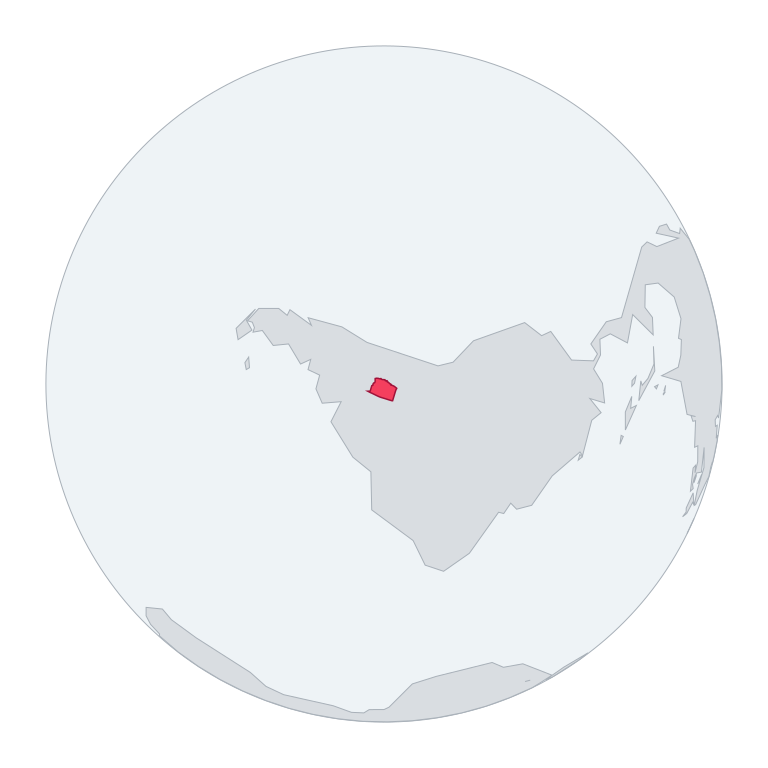 the Earth from above Santiago del Estero, rotated 106°
{"feature_id": "ARG-1304", "entity_name": "Santiago del Estero", "entity_type": "Province", "adm_level": 1, "iso_a3": "ARG", "parent_name": "Argentina", "parent_adm1": "", "projection": "orthographic", "projection_center": [-64.331, -27.868], "detail": "fine", "context": "on_globe", "style": "filled", "palette": "rose", "viewbox_px": 768, "rotation_deg": 106, "n_neighbors": 0, "source": "natural_earth", "source_scale": "10m", "svg_char_len": 4651}
<svg xmlns="http://www.w3.org/2000/svg" viewBox="0 0 768 768"><g transform="rotate(106 384 384)"><circle cx="384" cy="384" r="338" fill="#eef3f6" stroke="#a8b0b8"/><path d="M296.3,57.7L297.9,57.4L324.5,53.0L322.3,54.6L327.1,55.8L333.4,53.7L331.8,52.3L344.6,49.7L341.1,49.1L345.8,48.4L346.3,48.2L362.5,46.8L369.0,46.5L368.9,46.9L373.7,47.0L383.3,46.2L392.3,47.9L414.1,51.2L415.2,52.3L400.2,53.6L376.2,53.4L356.7,58.8L381.2,54.6L383.4,59.0L388.8,59.8L395.5,59.7L399.3,58.0L402.6,59.9L379.6,63.7L376.3,62.1L383.6,60.6L372.3,61.0L356.9,65.3L359.2,68.0L333.4,74.4L334.7,76.8L329.8,80.1L329.4,75.6L329.7,84.3L299.7,99.3L299.5,119.4L286.8,105.8L274.5,106.6L259.3,110.4L258.9,113.5L239.4,116.5L220.4,129.0L211.4,148.3L216.6,160.2L238.5,154.3L246.0,144.3L262.6,138.8L248.7,164.1L277.4,161.3L273.4,180.3L281.5,188.8L296.4,183.9L311.7,186.7L323.1,174.2L341.4,166.7L341.2,182.2L351.7,167.4L361.6,174.3L398.2,173.4L395.3,176.9L426.0,197.0L459.9,208.6L467.8,222.0L463.6,229.3L475.5,233.2L475.7,238.5L523.2,255.3L547.6,275.1L546.8,294.5L526.5,312.8L508.4,361.1L472.0,372.4L462.9,393.8L434.9,424.6L412.8,420.3L419.5,438.1L407.4,448.1L393.2,448.3L391.1,461.0L380.5,461.2L387.8,469.7L371.8,486.8L377.5,501.1L366.1,515.7L370.3,524.2L365.5,524.1L360.9,527.6L360.8,532.6L345.9,525.2L340.4,506.0L344.7,496.0L338.5,494.9L347.6,469.9L341.2,475.2L340.7,440.2L348.7,411.8L351.7,337.1L344.0,323.6L317.8,309.9L286.2,265.7L294.1,245.8L287.5,238.2L309.3,210.3L304.0,189.0L296.3,187.1L288.5,196.2L262.9,187.5L254.7,174.0L181.3,174.0L174.9,170.3L176.7,159.6L162.6,141.1L164.0,163.9L156.5,162.7L152.4,156.5L157.2,151.7L157.9,141.3L152.6,142.2L160.7,130.6L170.5,122.1L189.4,107.7L209.3,94.8L230.0,83.2L251.5,73.2L273.6,64.6L296.3,57.7ZM296.8,127.3L329.8,134.5L310.2,138.0L314.1,135.4L305.9,131.8L290.4,130.0L273.5,135.4L296.8,127.3ZM313.5,113.0L307.7,112.9L313.5,112.1L313.5,113.0ZM371.3,541.5L347.4,528.2L360.6,533.9L368.6,525.8L381.6,536.5L371.3,541.5ZM395.4,521.5L405.4,517.8L408.1,520.4L401.8,523.6L395.4,521.5ZM619.3,141.4L623.7,146.5L618.4,142.7L606.6,133.1L586.2,113.8L594.9,120.0L619.3,141.4ZM698.4,507.8L698.0,508.7L687.9,530.6L686.2,530.8L679.4,542.1L672.4,548.8L664.3,551.1L661.4,535.0L669.2,523.4L679.8,494.5L698.1,433.0L707.2,414.1L710.3,394.9L707.3,344.0L708.6,324.8L705.7,312.7L701.1,308.5L696.9,294.2L693.3,290.1L664.5,274.1L650.6,253.1L621.9,203.3L623.4,191.1L614.7,173.4L617.6,142.3L628.3,151.6L635.1,157.9L651.1,177.1L665.7,197.3L678.7,218.6L690.1,240.9L699.8,263.8L707.8,287.5L714.1,311.6L718.5,336.2L721.1,361.0L721.9,386.0L720.8,410.9L717.9,435.7L713.2,460.2L706.7,484.3L698.4,507.8ZM628.4,161.8L631.1,166.4L628.4,161.8ZM399.4,173.2L403.7,176.3L397.8,176.3L399.4,173.2ZM307.1,144.0L314.2,143.4L317.9,145.1L312.3,146.5L307.1,144.0ZM368.5,139.5L376.9,140.6L368.0,141.9L368.5,139.5ZM335.1,135.5L361.7,139.3L344.4,144.3L327.6,142.4L339.4,140.2L335.1,135.5ZM309.3,120.4L313.6,120.8L312.0,123.2L309.3,120.4ZM317.7,112.5L315.9,112.9L313.9,111.4L317.7,112.5ZM384.8,58.8L386.7,58.5L393.4,58.8L390.0,59.5L384.8,58.8ZM425.0,57.3L429.3,60.4L423.8,58.3L419.9,59.3L403.4,56.8L414.9,52.8L412.6,54.7L425.0,57.3ZM384.6,53.7L393.7,54.9L383.3,53.8L384.6,53.7ZM378.3,46.1L378.9,46.1L377.6,46.1L378.3,46.1ZM443.8,51.4L444.2,51.5L429.5,49.2L427.9,48.9L443.8,51.4Z" fill="#d9dde1" stroke="#a8b0b8" stroke-width="1"/><path d="M389.0,371.0L397.7,371.1L397.9,371.6L397.9,374.0L397.9,374.7L397.8,377.8L397.7,383.8L397.6,384.9L397.3,387.0L396.7,390.3L396.2,393.2L396.0,394.7L395.4,397.6L394.7,395.5L394.5,395.3L393.6,395.3L391.9,395.3L389.0,395.3L388.9,395.2L388.7,394.9L388.5,394.7L388.4,394.5L388.2,394.6L387.8,394.5L387.7,394.4L387.1,394.5L386.7,394.5L386.5,394.4L386.4,394.3L386.1,394.3L386.0,394.2L385.9,394.1L385.6,393.9L385.5,393.7L385.4,393.4L384.4,393.2L384.2,393.2L383.6,393.3L382.7,393.6L381.2,394.0L381.1,393.8L381.0,393.7L380.9,393.5L380.6,393.0L380.4,392.4L380.1,390.7L380.2,390.2L380.1,389.0L380.0,388.9L379.9,388.8L379.7,388.7L379.6,388.4L379.8,388.1L380.0,387.9L380.1,387.6L380.2,387.3L380.1,386.4L379.6,384.3L379.7,384.2L379.8,384.2L380.0,384.2L380.3,383.6L380.5,383.5L380.5,383.4L380.4,383.1L380.2,382.6L380.1,382.4L380.3,382.2L380.5,382.2L380.7,381.9L380.4,381.8L380.2,381.7L380.5,381.3L380.6,381.2L380.8,380.9L381.1,380.8L381.1,380.7L381.2,380.4L381.3,380.3L381.4,380.2L381.5,379.8L381.6,379.5L381.6,379.2L381.8,379.0L381.9,378.8L382.1,378.1L382.2,377.8L382.2,377.7L382.3,377.7L382.5,377.7L382.6,377.0L383.1,377.0L383.1,376.9L383.1,376.7L383.1,376.2L383.0,375.6L383.2,374.9L383.2,374.7L383.2,374.3L383.2,374.1L383.4,373.7L383.5,373.6L383.5,373.3L383.5,373.2L384.6,370.6L384.9,370.5L386.0,370.9L389.0,371.0Z" fill="#f43f5e" stroke="#9f1239" stroke-width="1.5"/></g></svg>